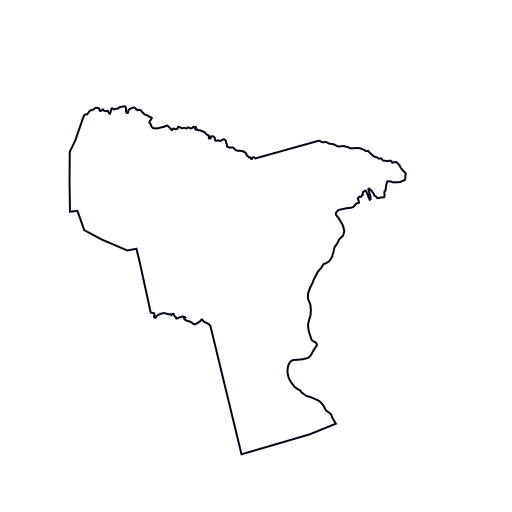 the district of Livingstone, Southern, Zambia, rotated 254°
{"feature_id": "96606910B12959301642296", "entity_name": "Livingstone", "entity_type": "district", "adm_level": 2, "iso_a3": "ZMB", "parent_name": "Zambia", "parent_adm1": "Southern", "projection": "robinson", "projection_center": [25.872, -17.81], "detail": "fine", "context": "isolated", "style": "outline", "palette": "ink", "viewbox_px": 512, "rotation_deg": 254, "n_neighbors": 0, "source": "geoboundaries", "source_scale": "gbopen_adm2", "svg_char_len": 6123}
<svg xmlns="http://www.w3.org/2000/svg" viewBox="0 0 512 512"><g transform="rotate(254 256 256)"><path d="M72.8,286.5L79.2,284.8L82.4,284.6L83.5,284.3L85.7,282.8L87.8,281.0L89.6,280.4L93.7,279.6L95.6,278.8L97.8,277.6L99.2,276.7L100.6,275.3L105.3,269.6L106.0,268.6L107.3,266.3L108.0,265.5L110.5,263.6L112.0,262.3L113.5,261.7L114.4,261.6L115.8,260.1L119.3,257.1L124.6,255.0L127.7,254.2L130.4,253.8L135.7,254.2L139.0,255.4L141.7,256.7L143.1,257.9L144.2,259.0L145.3,260.7L145.7,262.3L145.7,263.5L144.6,268.3L144.4,269.8L143.9,271.8L143.9,274.0L143.7,275.0L143.7,277.8L144.6,280.0L145.9,281.8L148.1,283.9L149.5,285.3L151.6,287.7L153.1,289.6L154.0,290.1L155.1,290.1L156.3,289.6L158.3,287.6L159.3,286.8L160.4,286.3L169.3,286.0L174.1,286.7L176.3,287.4L181.2,290.2L182.4,291.2L184.5,292.3L189.7,294.1L191.9,294.3L193.2,294.8L197.6,294.6L200.3,294.2L201.5,294.4L204.8,295.4L207.7,297.0L208.6,297.9L210.5,299.2L214.1,302.5L218.2,305.7L220.9,308.5L223.4,310.7L224.1,311.5L226.6,315.4L229.7,318.9L229.7,320.8L230.3,323.5L230.7,324.6L231.9,326.4L233.7,328.3L234.8,329.3L236.8,330.3L238.0,331.4L240.8,332.7L242.8,334.0L245.9,337.8L249.1,340.6L251.5,345.1L252.4,345.9L255.5,347.7L260.6,348.0L263.3,347.6L267.9,346.2L269.2,346.2L270.5,345.4L273.4,344.3L274.0,344.2L275.0,344.5L275.8,345.1L276.6,346.3L277.5,348.4L276.9,357.0L276.4,359.0L276.2,360.7L276.3,363.1L276.9,364.1L278.6,366.4L278.9,367.6L278.8,369.5L279.5,369.9L283.3,369.8L284.6,371.9L283.9,373.5L284.2,373.9L285.3,374.6L285.3,375.4L287.1,376.0L288.0,376.5L288.7,378.5L288.6,379.4L286.7,379.9L283.1,380.4L281.3,380.3L278.7,380.8L278.9,381.6L279.5,382.0L280.3,382.0L281.4,382.4L287.4,382.3L289.4,382.5L289.7,382.8L289.5,383.4L286.9,385.0L282.9,386.5L281.7,386.3L281.2,386.5L280.4,387.5L278.1,388.7L277.8,390.6L277.9,391.9L277.7,392.9L277.2,395.0L277.3,395.6L278.6,396.2L282.1,397.0L282.6,397.4L283.2,398.6L284.1,398.8L289.1,401.2L289.6,401.7L290.8,402.1L291.5,402.9L291.5,403.4L291.0,404.4L290.7,405.7L289.1,408.0L288.5,409.9L287.3,414.9L287.4,415.9L287.7,416.5L287.9,418.7L287.8,419.6L287.9,419.8L289.8,421.1L291.3,421.4L292.3,421.7L293.4,422.6L294.6,422.5L298.5,420.4L299.3,420.3L300.3,419.6L304.0,418.8L307.1,417.2L307.7,416.2L308.0,415.0L308.0,412.9L308.3,412.6L309.5,412.5L310.3,411.8L310.9,410.4L310.8,409.4L311.0,408.6L311.2,407.8L311.9,406.6L312.5,404.6L313.4,404.0L314.3,403.9L315.2,403.3L315.8,401.1L316.1,400.5L317.8,399.1L318.6,397.5L319.2,396.9L321.4,395.3L323.9,393.8L325.0,393.3L325.8,393.2L326.2,392.7L326.3,391.2L326.7,390.3L327.9,389.5L328.9,388.3L329.3,387.6L330.9,385.8L331.3,385.1L332.4,381.1L333.1,377.6L334.0,375.6L335.1,374.7L335.8,373.8L336.3,372.2L337.1,371.6L337.6,370.3L338.4,366.1L338.7,365.1L340.2,363.3L341.2,362.4L341.9,361.4L342.9,359.7L343.3,358.4L344.1,357.0L345.2,356.0L346.1,355.0L346.5,353.9L346.7,352.3L347.1,351.0L349.0,349.1L349.5,348.0L350.0,282.3L351.3,281.5L351.6,281.0L351.7,280.5L351.5,279.8L351.1,279.3L350.5,278.9L350.6,278.1L352.1,278.0L352.4,277.7L352.5,277.4L352.5,276.6L353.1,276.5L354.1,275.5L356.5,274.6L357.3,274.8L357.9,274.5L359.2,273.5L359.3,273.0L360.0,272.8L361.7,269.4L361.8,268.4L362.8,266.4L363.2,265.9L366.6,263.8L367.1,262.5L367.3,260.8L368.1,259.8L368.8,258.7L369.4,258.3L371.4,258.8L372.8,258.5L374.8,258.8L375.3,258.7L376.8,257.7L377.1,257.3L377.1,256.4L376.7,254.9L376.7,254.2L376.5,253.6L376.5,253.1L376.6,252.6L376.9,252.2L377.6,251.8L377.6,250.1L377.8,249.3L378.7,248.6L379.1,248.9L379.5,248.9L381.4,248.8L382.3,248.3L382.8,247.8L383.2,246.6L383.0,245.9L382.7,245.4L381.5,244.6L381.5,244.2L382.0,243.3L382.5,243.1L383.1,243.3L384.2,244.2L385.9,242.7L386.1,242.3L386.6,241.9L386.8,241.8L388.5,241.0L389.2,240.8L389.8,239.7L391.1,238.4L392.3,236.7L393.1,234.8L393.6,234.2L393.7,233.4L395.1,232.7L395.3,233.8L396.2,233.9L396.9,233.3L397.3,231.7L397.1,230.5L396.7,230.0L396.5,229.3L396.7,228.1L397.0,227.9L397.2,227.5L397.9,227.0L398.1,226.5L398.3,225.7L397.9,225.0L397.8,224.3L398.8,222.6L399.0,222.1L399.1,220.4L399.5,219.6L401.6,217.3L401.7,217.0L401.6,216.6L400.1,215.7L399.9,214.0L400.0,213.5L401.2,212.0L401.3,211.6L401.3,211.2L400.2,210.1L400.5,209.6L403.1,208.4L405.8,206.7L406.0,205.1L406.0,204.4L405.7,204.2L405.5,203.8L405.5,202.9L405.7,202.2L405.8,196.5L406.1,196.0L406.1,195.4L406.5,194.2L407.4,192.3L407.8,191.9L410.0,191.1L411.6,191.1L413.7,190.3L414.1,190.3L414.6,190.6L415.4,191.9L417.2,193.8L417.6,193.9L418.1,193.4L418.6,192.6L419.2,192.0L420.6,190.8L421.5,189.8L422.3,188.4L423.2,187.7L426.0,186.1L428.3,185.1L428.7,183.7L429.3,182.4L429.3,182.1L429.1,182.0L429.6,181.6L430.5,181.2L430.7,180.9L431.3,180.8L432.4,179.7L432.6,179.0L432.0,175.1L431.7,173.9L431.2,173.5L429.5,172.8L429.1,172.5L428.9,172.0L429.2,171.3L429.8,170.9L431.5,171.0L433.3,171.6L435.0,171.8L435.7,171.6L436.2,170.6L436.6,165.7L436.4,165.2L435.7,164.1L436.2,161.2L436.1,159.8L437.5,158.6L437.7,157.9L436.5,157.0L434.9,156.3L434.5,155.9L434.1,155.7L433.0,154.7L434.1,153.9L436.1,153.8L436.5,153.2L436.5,152.5L436.8,151.0L437.4,150.0L438.1,149.5L439.1,149.4L439.2,149.0L438.3,147.3L438.3,146.5L438.9,145.7L439.4,145.7L440.7,146.0L441.1,145.9L442.2,144.1L442.6,142.5L441.5,139.8L441.5,139.2L441.8,138.7L441.6,137.6L441.2,136.2L440.8,135.4L440.1,134.7L439.3,133.5L438.7,132.7L439.2,130.5L437.8,128.8L416.7,114.0L407.5,105.7L378.7,97.2L349.8,89.4L348.6,96.8L328.2,98.0L326.9,99.3L314.4,112.2L296.8,133.8L295.9,143.1L282.2,142.5L230.5,139.2L229.9,140.7L229.1,142.2L228.3,142.4L226.0,141.2L225.4,141.1L225.1,141.3L224.3,142.2L224.5,142.6L225.2,142.8L225.5,143.1L226.5,146.7L226.7,148.7L226.7,150.7L226.2,152.5L223.9,156.2L223.7,157.5L222.6,158.5L223.1,158.9L223.3,160.5L222.7,160.9L221.5,161.1L220.7,161.0L220.3,161.2L219.9,161.7L219.2,162.1L218.2,162.1L217.9,162.2L217.7,162.9L218.1,165.9L218.1,168.4L217.6,169.8L216.7,170.9L216.3,171.1L216.1,170.6L216.2,169.6L215.6,169.6L214.4,170.1L213.6,170.7L212.5,172.3L211.7,173.7L211.3,174.2L210.4,175.0L210.0,175.7L208.6,176.5L207.2,178.0L207.2,179.0L207.6,180.6L207.6,181.6L208.3,182.5L208.2,182.9L208.5,183.9L209.9,186.0L209.8,186.7L208.7,186.9L207.4,187.8L206.5,188.6L203.9,191.5L201.6,192.9L69.4,187.4L69.8,258.5L72.8,286.5Z" fill="none" stroke="#020617" stroke-width="2"/></g></svg>